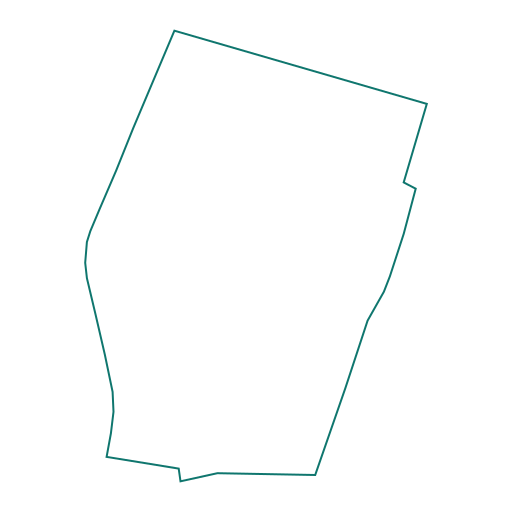 Arafat, Nouakchott, Mauritania
{"feature_id": "47542326B30050302787661", "entity_name": "Arafat", "entity_type": "district", "adm_level": 2, "iso_a3": "MRT", "parent_name": "Mauritania", "parent_adm1": "Nouakchott", "projection": "mercator", "projection_center": [-15.959, 18.054], "detail": "fine", "context": "isolated", "style": "outline", "palette": "teal", "viewbox_px": 512, "rotation_deg": 0, "n_neighbors": 0, "source": "geoboundaries", "source_scale": "gbopen_adm2", "svg_char_len": 456}
<svg xmlns="http://www.w3.org/2000/svg" viewBox="0 0 512 512"><path d="M315.2,475.0L345.3,388.3L367.6,320.6L383.9,291.7L389.9,276.3L403.7,233.9L415.7,188.7L407.1,184.2L403.7,182.4L426.8,103.9L174.4,30.7L133.2,128.2L116.1,170.7L99.8,208.6L90.3,231.2L86.9,242.0L85.2,262.8L86.9,278.1L95.5,314.3L104.9,354.9L112.6,391.9L113.5,411.8L110.9,433.4L106.6,456.9L178.7,468.6L180.5,481.3L217.4,473.2L315.2,475.0Z" fill="none" stroke="#0f766e" stroke-width="2"/></svg>